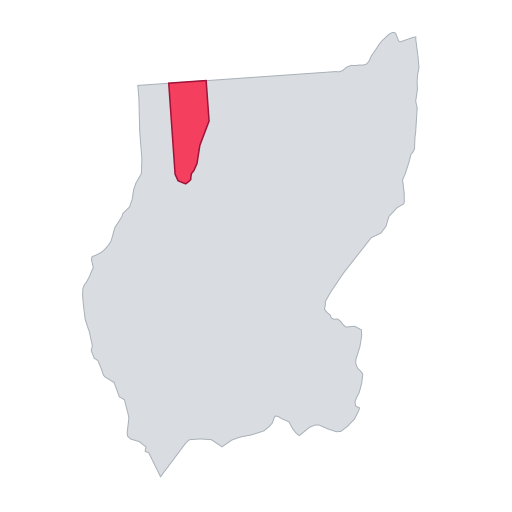 Buvuma highlighted on a map of Uganda, rotated 176°
{"feature_id": "UGA-5598", "entity_name": "Buvuma", "entity_type": "District", "adm_level": 1, "iso_a3": "UGA", "parent_name": "Uganda", "parent_adm1": "", "projection": "natural_earth1", "projection_center": [33.174, -0.326], "detail": "fine", "context": "in_parent", "style": "filled", "palette": "rose", "viewbox_px": 512, "rotation_deg": 176, "n_neighbors": 0, "source": "natural_earth", "source_scale": "10m", "svg_char_len": 2561}
<svg xmlns="http://www.w3.org/2000/svg" viewBox="0 0 512 512"><g transform="rotate(176 256 256)"><path d="M362.0,434.4L354.9,434.4L343.3,434.4L331.8,434.4L320.3,434.4L308.7,434.4L297.2,434.4L285.7,434.4L274.1,434.4L262.6,434.4L251.1,434.4L239.5,434.4L228.0,434.4L216.5,434.4L205.0,434.4L193.4,434.4L181.9,434.4L170.3,434.4L163.5,434.4L162.2,434.2L161.2,433.9L156.9,434.8L152.4,438.1L147.6,439.5L142.5,439.0L141.8,439.3L139.2,439.2L135.5,439.0L132.1,439.9L129.5,442.8L126.9,447.7L122.2,453.4L118.5,458.4L115.3,461.9L108.1,467.8L104.2,469.5L102.3,469.3L101.1,468.2L98.8,460.7L97.4,459.5L83.4,463.3L81.3,463.4L81.5,461.0L80.5,443.4L80.3,432.6L82.1,425.8L83.2,418.0L83.3,411.1L85.9,399.4L84.9,392.4L88.2,367.7L89.1,363.7L90.4,351.8L92.5,348.2L94.3,346.7L96.7,339.4L101.3,327.8L104.5,321.8L103.8,308.6L104.3,299.7L105.0,297.7L111.8,294.4L120.6,286.2L124.3,276.5L129.6,270.3L139.7,266.2L139.8,266.2L169.9,232.9L183.9,215.0L190.0,205.8L190.2,202.5L191.4,198.1L189.0,194.7L186.0,191.7L185.1,188.8L182.6,187.4L179.0,187.5L176.6,185.4L173.9,181.4L171.2,178.8L162.6,179.1L156.0,174.9L156.1,169.3L158.7,158.2L163.7,145.5L164.0,142.0L163.3,139.0L162.1,136.5L159.8,134.0L157.7,130.9L159.4,121.8L162.5,112.8L165.1,108.4L167.6,103.4L166.9,99.2L163.2,97.2L165.1,93.2L169.1,86.5L176.8,79.6L183.6,75.1L188.1,75.1L196.9,78.7L204.8,83.0L209.2,83.2L214.5,81.4L225.4,73.8L228.1,76.2L231.3,80.8L234.8,88.4L241.7,91.9L245.0,94.3L247.3,95.0L248.7,94.4L251.3,88.4L254.4,85.2L260.3,81.0L273.2,77.8L282.4,76.8L286.3,76.0L292.9,74.1L303.2,68.0L313.4,75.9L324.4,77.4L335.1,77.4L338.4,75.0L340.2,73.1L351.4,60.1L366.6,42.5L376.8,67.3L380.2,68.8L379.8,70.9L378.9,73.0L385.5,79.0L393.7,82.1L396.6,85.2L396.9,88.5L394.1,103.1L394.6,107.2L397.3,121.8L402.1,125.0L406.4,139.7L415.1,145.9L416.4,147.7L418.4,154.8L421.0,162.6L423.1,164.4L424.4,164.9L427.0,173.1L425.5,177.7L427.5,191.8L430.8,204.4L431.6,219.5L431.7,226.1L431.6,230.2L430.9,235.9L429.3,239.2L426.5,242.4L423.4,247.5L420.8,252.9L419.1,255.6L420.4,263.7L420.0,265.8L419.3,266.9L415.4,268.1L410.3,270.3L407.3,272.4L403.0,276.5L399.5,281.0L394.9,294.1L387.2,304.3L385.9,307.7L378.7,313.8L375.5,321.3L373.5,330.5L370.7,337.1L364.6,346.2L363.1,360.5L363.3,389.1L361.8,421.6L362.0,434.4Z" fill="#d9dde1" stroke="#a8b0b8" stroke-width="1"/><path d="M331.0,434.5L321.1,434.5L309.2,434.5L297.3,434.5L293.5,434.5L293.4,393.9L304.3,370.3L308.4,352.4L312.0,345.6L314.7,342.6L315.4,339.5L315.8,336.8L318.0,334.9L321.1,332.9L322.5,333.5L328.5,336.5L331.0,343.2L331.0,434.5L331.0,434.5Z" fill="#f43f5e" stroke="#9f1239" stroke-width="1.5"/></g></svg>